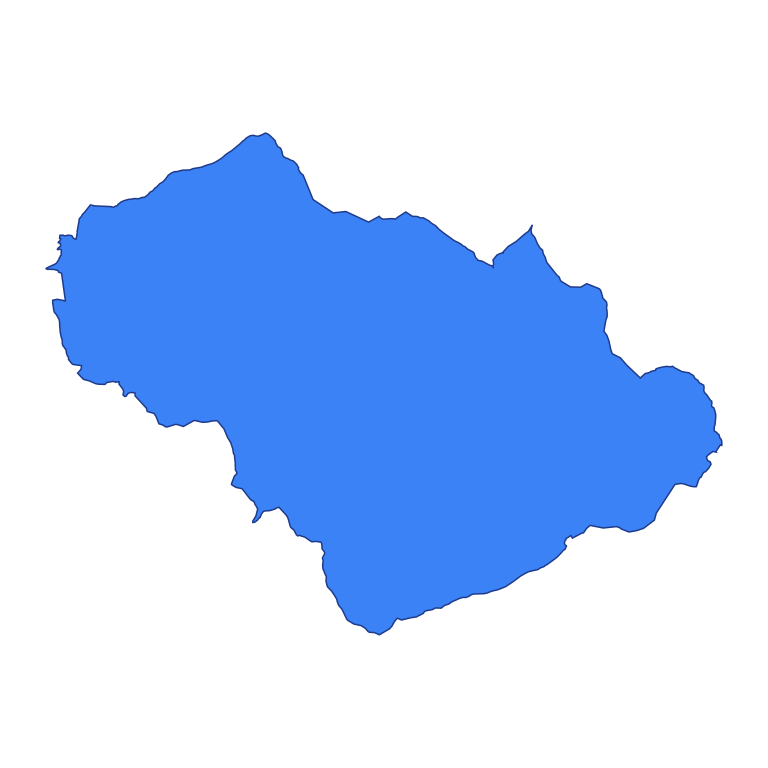 the district of Fundu Moldovei, Suceava, Romania
{"feature_id": "2599482B95968201222680", "entity_name": "Fundu Moldovei", "entity_type": "district", "adm_level": 2, "iso_a3": "ROU", "parent_name": "Romania", "parent_adm1": "Suceava", "projection": "albers", "projection_center": [25.315, 47.553], "detail": "fine", "context": "isolated", "style": "filled", "palette": "blue", "viewbox_px": 768, "rotation_deg": 0, "n_neighbors": 0, "source": "geoboundaries", "source_scale": "gbopen_adm2", "svg_char_len": 6042}
<svg xmlns="http://www.w3.org/2000/svg" viewBox="0 0 768 768"><path d="M379.3,634.8L389.6,628.8L392.1,625.9L394.5,621.5L397.3,618.2L401.6,620.0L410.5,617.8L416.4,616.9L423.4,613.3L424.4,611.6L425.8,610.8L432.5,609.6L434.6,608.3L435.6,608.0L441.3,608.1L444.4,605.5L449.1,603.9L451.7,601.9L459.6,598.4L462.8,597.4L465.5,597.5L468.7,596.5L471.1,594.8L473.7,594.0L483.5,593.7L486.6,593.2L491.7,591.2L498.0,589.7L505.7,586.6L513.9,581.1L520.2,576.3L525.0,573.5L528.9,571.6L538.1,569.5L540.1,568.0L544.0,566.6L545.4,565.4L546.9,564.7L556.6,557.6L561.4,552.7L562.9,550.8L565.1,549.2L566.5,546.0L564.9,544.6L564.5,543.6L564.6,541.8L565.3,540.2L565.9,539.9L566.0,538.9L566.2,538.5L570.9,535.6L572.4,538.1L581.7,533.2L583.5,532.9L586.7,528.3L590.1,525.4L603.3,528.0L616.5,526.6L619.5,527.6L621.3,529.0L629.0,532.0L636.7,530.6L643.6,528.3L654.4,520.1L656.3,513.1L675.0,484.4L680.7,483.5L683.4,483.8L690.8,486.3L694.8,486.8L696.4,486.6L698.6,479.9L699.7,477.8L701.0,477.3L702.8,473.6L704.0,472.2L705.5,471.7L708.6,468.4L711.0,464.3L710.5,462.5L709.8,461.5L707.8,460.8L706.8,458.8L706.8,457.7L706.5,456.8L708.5,454.7L712.9,451.5L716.3,452.1L716.0,451.5L720.4,444.8L721.7,445.5L721.9,445.2L721.7,441.0L720.8,438.7L720.0,438.2L718.9,434.5L717.4,433.6L716.9,432.5L715.0,431.5L714.5,431.0L714.2,430.2L714.3,426.5L714.9,425.2L715.1,423.7L715.7,417.5L715.7,414.3L714.7,410.4L713.7,407.7L712.1,406.9L711.5,405.7L711.9,403.4L711.7,401.2L710.5,400.4L706.6,394.6L705.3,393.5L704.2,391.8L703.9,390.8L703.8,389.6L704.1,387.9L703.7,385.2L699.2,382.7L697.8,380.2L697.0,379.9L694.7,378.1L693.5,375.7L689.0,372.8L681.9,371.6L674.8,367.9L672.6,366.3L670.4,366.8L666.5,366.4L661.2,367.3L657.7,368.2L655.8,369.1L655.6,370.4L652.4,371.0L650.9,371.5L649.0,372.7L645.3,373.5L640.3,378.0L626.6,365.0L620.4,357.8L612.3,353.8L610.9,350.0L608.9,340.9L607.0,335.6L603.9,331.2L605.3,323.3L606.0,319.8L607.1,316.8L607.2,314.3L607.0,310.8L606.5,308.0L607.0,305.1L606.5,302.1L605.1,300.4L603.2,298.6L602.8,297.8L601.3,292.1L600.4,290.0L599.2,288.7L586.7,283.7L580.7,287.2L570.4,286.9L561.2,281.3L560.2,279.9L559.3,277.2L556.8,275.0L546.7,262.3L545.2,257.3L543.1,253.4L542.6,250.2L540.0,247.9L537.5,243.9L534.8,237.4L531.6,233.7L531.0,229.9L532.4,224.8L528.5,231.3L524.5,234.2L516.3,241.4L508.3,246.4L502.9,252.2L503.1,253.1L501.2,253.1L497.1,254.9L493.0,259.9L493.6,263.5L493.0,267.2L491.9,265.8L489.2,265.0L482.2,261.2L478.1,260.3L475.7,257.6L474.8,255.6L474.2,253.3L472.8,251.8L467.7,249.2L464.8,246.6L462.9,245.9L461.5,244.5L458.8,242.8L454.3,240.7L443.0,232.5L438.8,229.1L435.7,225.8L431.6,223.3L429.0,221.0L423.3,217.8L420.9,218.0L417.2,216.5L412.4,216.3L405.8,212.0L397.3,217.5L395.6,219.0L391.7,218.6L383.0,219.2L380.6,217.9L379.2,216.3L368.6,222.1L345.8,211.5L333.2,212.9L313.1,199.6L303.1,175.0L301.1,173.5L299.5,171.3L298.4,169.3L298.6,167.7L296.6,164.2L293.3,161.0L290.5,160.0L287.5,158.4L285.8,158.0L283.4,156.4L282.5,154.8L282.0,151.7L280.8,148.6L279.7,147.5L278.0,146.9L275.9,143.3L275.1,140.6L269.8,135.4L268.0,134.1L266.0,133.2L264.8,133.3L262.5,134.6L258.5,136.1L257.1,136.2L252.9,135.3L249.8,135.9L246.5,137.9L243.8,140.5L242.5,141.2L240.6,143.3L231.9,150.5L226.6,153.9L221.5,158.3L215.8,161.9L212.4,163.5L206.3,165.3L201.0,167.3L193.0,168.6L189.9,169.9L182.2,170.2L177.1,171.6L174.4,171.7L171.2,173.1L168.3,175.2L165.5,179.1L162.9,181.8L159.8,183.7L156.3,187.3L155.1,187.9L152.8,190.7L150.0,192.2L147.7,195.0L144.3,197.4L142.6,197.3L138.5,198.7L133.7,198.6L130.8,199.3L129.3,199.2L124.5,200.5L121.4,201.8L118.1,204.3L117.3,205.7L115.6,206.1L113.3,207.3L110.9,206.6L94.9,205.9L90.4,204.9L84.2,212.8L82.6,214.2L81.5,216.3L79.5,218.5L79.1,219.6L79.0,221.1L77.1,231.6L77.3,232.6L76.1,239.1L74.6,238.9L73.8,238.4L73.1,237.8L72.2,236.2L71.6,235.6L67.9,235.1L66.8,235.6L64.6,235.7L63.8,235.7L62.9,235.1L59.9,235.3L59.6,238.5L60.7,238.8L60.7,239.4L59.7,241.1L58.6,241.7L58.3,242.7L60.3,243.3L60.6,246.3L58.5,247.7L57.7,248.6L57.4,249.4L58.0,249.7L59.1,249.2L61.1,249.6L61.5,250.7L61.1,252.6L61.4,254.8L60.1,256.2L60.1,257.0L59.0,258.6L58.9,259.7L57.9,260.8L57.4,262.0L55.5,263.9L49.1,266.8L46.3,268.3L46.1,268.7L47.2,269.3L53.7,269.4L57.9,270.5L58.6,272.1L59.1,272.5L60.4,272.6L61.6,273.5L65.4,300.8L64.3,300.9L63.2,300.4L57.3,299.3L52.7,300.2L52.7,302.8L53.9,310.8L54.4,312.4L56.3,314.5L59.0,319.3L59.6,321.9L59.6,324.9L60.3,332.6L61.3,337.5L62.2,340.0L62.3,343.6L62.8,345.5L66.0,349.9L66.5,353.3L67.5,356.1L68.2,356.7L68.5,357.7L68.5,359.5L72.0,363.8L73.2,364.5L81.5,365.6L81.2,368.5L80.8,369.5L77.6,373.2L83.1,379.0L84.0,379.5L89.2,380.9L95.5,383.6L98.4,384.2L104.7,384.4L105.3,384.2L105.9,383.3L107.0,382.5L113.1,381.4L115.7,382.2L119.2,381.8L119.0,384.1L122.5,388.6L123.7,391.3L123.0,394.9L124.8,396.5L126.0,396.3L128.1,393.4L130.8,392.4L135.1,393.0L135.1,395.9L146.4,408.2L147.3,411.5L154.0,413.4L155.9,416.1L158.9,423.8L162.8,425.0L165.4,426.8L167.4,426.9L175.4,424.4L177.7,424.6L183.3,426.5L194.3,420.4L202.7,422.3L207.6,422.0L212.1,421.0L216.8,420.7L218.5,422.1L222.3,427.0L223.7,428.3L227.8,437.9L230.7,442.6L232.8,448.9L233.4,453.1L234.5,455.4L234.7,458.5L235.2,461.9L235.4,469.8L236.7,472.4L236.9,473.1L236.6,473.8L234.3,476.3L231.6,483.5L231.5,484.4L232.1,485.1L236.0,487.4L242.1,488.7L249.8,498.7L251.2,500.1L253.3,501.1L254.3,502.4L255.3,505.0L255.9,505.6L257.7,509.0L255.9,516.0L252.8,521.1L252.8,522.5L254.7,522.2L257.5,520.2L257.9,519.3L260.1,517.4L261.5,514.0L263.4,511.5L264.5,511.0L270.0,510.6L275.4,508.9L276.4,507.9L279.1,507.4L286.2,515.1L287.6,517.3L288.5,519.8L290.2,526.2L290.9,527.5L294.0,530.2L296.3,534.6L297.4,535.7L298.0,535.9L299.6,535.3L301.1,536.0L305.0,537.2L311.0,541.4L312.1,541.8L315.8,541.4L320.9,542.2L321.7,543.5L322.1,549.0L324.2,551.6L324.6,552.8L324.6,553.9L322.6,557.4L322.5,558.6L323.2,560.8L322.6,565.1L323.0,569.1L323.8,570.6L324.9,573.8L326.3,576.3L326.0,581.1L327.1,585.7L327.7,587.0L331.4,590.9L334.5,595.4L336.8,599.3L337.3,601.8L338.5,605.1L342.2,609.6L346.7,619.1L347.8,620.4L353.8,624.0L361.3,625.7L365.3,628.3L368.2,631.6L369.5,632.3L374.6,632.6L379.3,634.8Z" fill="#3b82f6" stroke="#1e3a8a" stroke-width="1.5"/></svg>